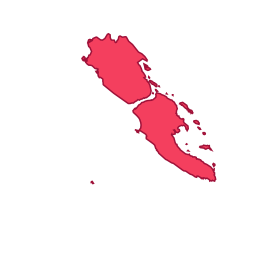 Ko Lanta, Krabi, Thailand, rotated 324°
{"feature_id": "78962969B16427813486063", "entity_name": "Ko Lanta", "entity_type": "district", "adm_level": 2, "iso_a3": "THA", "parent_name": "Thailand", "parent_adm1": "Krabi", "projection": "robinson", "projection_center": [99.092, 7.662], "detail": "fine", "context": "isolated", "style": "filled", "palette": "rose", "viewbox_px": 256, "rotation_deg": 324, "n_neighbors": 0, "source": "geoboundaries", "source_scale": "gbopen_adm2", "svg_char_len": 6023}
<svg xmlns="http://www.w3.org/2000/svg" viewBox="0 0 256 256"><g transform="rotate(324 128 128)"><path d="M152.2,35.0L150.6,36.2L145.4,35.7L144.1,39.0L144.5,40.5L143.5,44.7L140.3,46.6L139.2,46.1L137.4,47.4L136.6,47.3L135.4,48.6L135.8,47.5L135.2,47.5L134.8,47.9L134.4,49.7L132.8,49.4L132.4,49.9L132.6,52.5L133.2,54.1L134.7,55.3L135.6,56.5L136.3,60.4L137.0,61.3L137.7,61.4L138.4,62.8L137.1,63.1L137.2,64.2L136.9,64.9L136.3,65.9L135.4,66.4L135.0,67.9L134.5,68.2L134.4,70.4L135.5,70.9L136.3,73.2L136.3,73.8L135.0,75.6L134.4,77.1L133.7,77.8L133.5,78.7L136.9,91.6L142.6,108.3L144.0,109.4L146.0,110.1L147.1,111.0L148.8,110.8L151.1,111.1L152.6,110.8L153.7,112.2L154.8,112.1L156.4,112.8L158.6,113.0L158.8,113.6L160.1,113.8L160.8,114.3L164.7,114.2L166.3,113.5L168.5,111.6L170.8,106.4L171.4,103.0L171.4,102.4L171.0,102.2L171.1,100.9L171.6,100.2L170.9,98.9L170.5,96.7L172.2,97.1L172.7,95.6L172.9,92.3L172.7,90.0L173.0,89.9L173.7,87.7L174.3,84.5L173.9,83.1L174.3,80.6L180.5,80.6L182.6,84.9L183.1,84.3L183.5,84.3L183.6,80.1L182.8,76.1L181.1,72.7L180.7,63.1L179.5,58.3L180.1,53.4L179.5,52.6L176.9,51.3L175.7,49.0L175.0,48.7L174.2,48.8L172.2,50.6L170.4,51.0L169.1,51.8L168.3,51.7L168.0,51.0L168.5,48.9L166.6,47.4L166.2,46.5L166.8,44.4L168.3,42.1L167.6,40.3L166.4,40.1L161.9,42.0L159.0,41.9L157.6,40.6L156.1,36.1L155.2,35.6L152.2,35.0ZM155.5,116.2L154.2,115.5L151.9,116.0L150.3,115.7L146.2,117.0L145.1,117.0L144.9,116.7L145.3,116.3L144.9,116.2L142.1,117.0L141.5,118.6L142.4,123.0L142.7,126.1L142.5,128.0L141.5,131.1L140.3,133.3L138.3,135.5L135.4,136.5L134.2,135.5L132.6,133.4L133.2,134.7L132.9,136.9L133.3,137.0L133.8,137.9L134.1,137.4L133.9,136.9L134.3,136.6L136.3,137.3L138.7,143.5L138.4,145.6L137.9,146.0L137.5,145.9L136.5,147.4L139.2,155.7L139.5,157.6L138.4,160.9L138.6,162.4L138.5,162.8L138.1,162.9L138.4,164.8L138.1,166.6L140.0,175.5L140.8,176.9L142.8,181.8L144.0,183.4L147.3,193.8L148.0,195.5L149.3,196.7L151.2,201.9L152.5,203.7L153.6,207.0L154.6,208.2L155.4,207.5L156.3,208.0L157.4,210.3L157.7,212.0L158.4,211.8L158.7,212.1L158.8,213.3L159.9,212.8L160.8,213.8L160.8,214.6L162.4,215.0L163.5,217.7L163.0,219.0L163.9,219.1L164.5,220.0L165.6,220.0L165.9,220.8L166.7,221.2L166.8,222.4L167.2,221.3L168.7,221.1L169.7,219.0L170.1,216.6L170.7,216.5L171.7,215.1L171.4,214.4L171.9,213.5L171.8,212.4L172.2,211.8L172.0,208.2L170.3,203.7L168.9,201.5L168.8,199.6L167.8,197.6L168.1,197.2L167.9,196.3L167.1,195.4L167.1,194.9L166.4,194.7L166.3,193.9L165.3,193.5L165.3,192.8L165.9,192.0L165.7,191.4L164.5,190.1L163.4,189.6L163.3,188.5L162.2,187.2L161.9,185.8L162.2,185.3L161.1,184.9L159.3,182.7L157.4,176.2L157.6,175.7L157.2,171.6L157.9,170.1L157.4,169.8L157.5,167.7L159.3,163.0L159.2,159.1L159.9,158.7L159.8,159.0L160.3,159.6L162.7,160.5L164.0,158.3L163.8,156.6L164.6,156.9L164.3,159.0L164.5,159.7L165.0,160.6L165.9,161.1L168.1,160.8L168.6,159.4L167.8,158.0L168.3,157.1L170.0,156.7L172.7,157.2L173.4,158.2L174.7,158.5L175.1,159.4L175.1,161.2L174.3,163.0L174.6,163.3L174.3,164.9L176.3,164.0L177.7,161.6L176.4,156.6L176.7,155.4L177.3,154.9L177.8,153.8L178.2,153.8L178.3,153.3L178.0,152.7L177.0,152.6L176.2,151.6L175.7,150.4L175.9,149.2L175.7,148.8L176.1,148.1L175.4,147.8L175.0,146.1L175.8,145.5L175.5,144.3L176.0,144.2L177.5,142.4L179.2,141.4L180.1,138.8L180.5,138.4L180.2,136.9L180.6,134.3L180.0,132.7L179.9,131.2L179.0,130.3L177.3,127.0L177.4,125.5L176.2,122.8L174.7,120.6L174.4,119.5L172.0,116.5L171.4,116.5L170.1,117.2L169.9,118.0L168.5,119.5L164.8,119.8L163.3,119.3L163.3,118.3L163.0,119.2L160.1,117.4L157.5,116.4L155.5,116.2ZM184.9,138.4L184.0,138.8L184.7,140.0L184.7,140.7L185.2,141.0L185.0,141.3L185.4,141.6L186.1,145.6L186.7,147.1L187.0,147.1L186.5,148.0L186.9,148.6L187.0,149.4L186.7,149.9L187.0,150.0L186.7,150.6L187.0,150.8L188.4,149.1L188.1,146.8L188.9,144.3L187.3,139.4L184.9,138.4ZM178.0,186.5L175.4,185.2L174.8,185.5L175.0,186.4L177.9,189.2L177.8,189.7L178.5,190.9L180.2,191.1L181.8,192.2L181.9,194.0L182.2,194.0L182.6,194.8L182.7,193.0L182.4,191.7L183.4,190.1L182.8,189.9L182.1,188.8L181.1,188.5L179.0,186.3L178.0,186.5ZM175.8,111.4L176.7,110.1L176.8,109.3L176.1,108.0L176.1,107.1L175.5,106.6L174.9,104.2L173.7,102.4L173.3,102.3L172.8,103.3L173.4,107.0L174.1,107.5L175.0,111.1L175.8,111.4ZM187.6,162.0L185.6,161.0L184.9,161.6L185.5,164.1L187.6,166.8L188.5,165.9L188.3,165.0L188.6,163.8L187.6,162.0ZM180.7,93.7L180.8,92.8L180.3,91.5L177.9,89.1L177.0,90.7L177.5,92.7L178.6,93.4L180.7,93.7ZM134.4,44.4L133.9,44.0L133.5,44.4L131.7,44.6L131.3,46.1L131.4,47.0L134.3,46.3L134.6,45.8L134.4,44.4ZM189.8,151.2L188.4,149.2L188.3,149.9L188.6,150.3L187.8,150.7L188.0,151.6L187.5,152.1L187.9,152.5L187.7,153.1L188.3,152.9L188.8,154.1L189.4,153.8L189.4,153.0L189.8,152.3L189.8,151.2ZM150.6,35.5L149.2,33.9L147.9,33.6L146.0,35.0L147.6,35.6L150.6,35.5ZM180.2,89.4L180.1,88.6L178.6,85.5L178.2,86.5L178.4,88.1L179.4,89.1L180.2,89.4ZM176.3,209.3L176.9,208.4L176.3,206.9L175.3,207.2L174.8,209.5L176.3,209.3ZM186.7,178.4L187.3,177.9L187.4,177.2L187.0,176.5L186.0,175.9L185.6,176.3L185.4,177.4L185.8,178.1L186.7,178.4ZM185.9,171.7L186.1,170.4L184.9,167.9L185.0,170.4L185.3,171.4L185.9,171.7ZM132.9,49.2L134.1,49.0L134.2,48.2L133.8,47.3L133.0,47.0L132.6,48.7L132.9,49.2ZM66.9,149.9L66.2,150.5L66.9,151.0L66.8,152.2L67.5,152.5L67.7,150.2L66.9,149.9ZM135.8,65.4L136.3,65.0L136.2,64.1L135.3,63.4L135.1,65.0L135.8,65.4ZM173.5,115.6L173.2,113.3L172.9,113.1L172.5,113.9L172.6,115.2L173.5,115.6ZM174.7,100.2L175.1,99.8L174.9,98.7L174.3,99.4L174.7,100.2ZM177.4,89.5L177.7,88.9L177.5,88.3L176.9,89.6L177.4,89.5ZM168.7,115.0L168.9,114.7L168.8,114.2L168.3,114.6L168.7,115.0ZM173.6,211.8L172.9,211.8L173.1,212.4L173.6,211.8ZM166.2,175.7L166.0,175.2L165.5,175.4L165.7,175.7L166.2,175.7ZM183.5,127.2L183.3,127.4L183.5,128.0L183.9,127.5L183.5,127.2ZM176.8,91.6L176.9,90.2L176.6,90.7L176.8,91.6ZM163.4,181.4L162.9,181.5L163.5,182.1L163.4,181.4ZM132.2,48.0L132.4,47.5L132.4,47.2L131.9,47.6L132.2,48.0ZM177.7,112.9L177.9,112.3L177.6,112.1L177.4,112.5L177.7,112.9ZM179.5,122.6L179.1,122.8L179.5,123.2L179.5,122.6Z" fill="#f43f5e" stroke="#9f1239" stroke-width="1.5"/></g></svg>